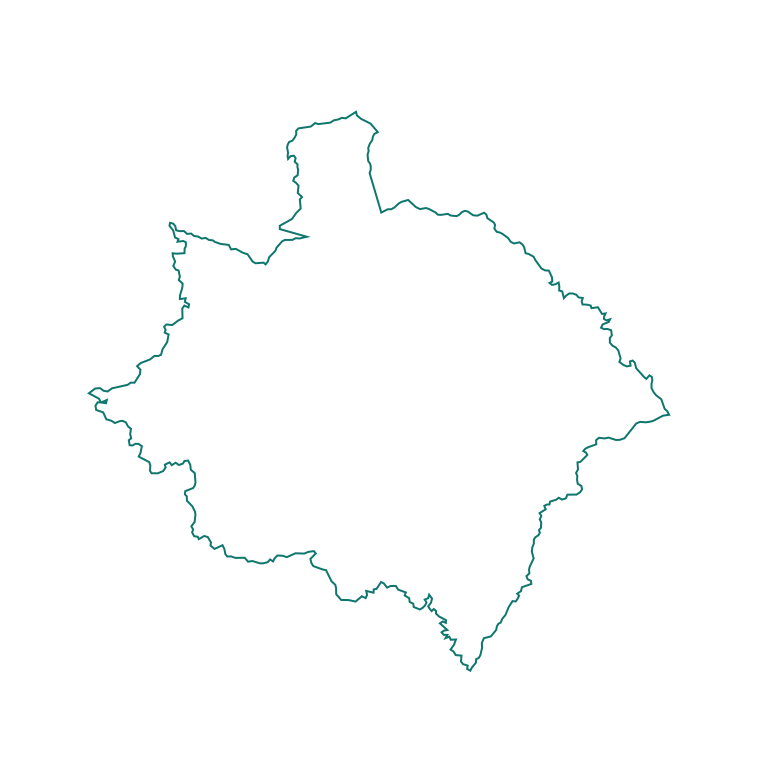 outline of Recursolândia, Tocantins, Brazil, rotated 104°
{"feature_id": "56859067B91371942486930", "entity_name": "Recursolândia", "entity_type": "district", "adm_level": 2, "iso_a3": "BRA", "parent_name": "Brazil", "parent_adm1": "Tocantins", "projection": "albers", "projection_center": [-47.121, -8.697], "detail": "fine", "context": "isolated", "style": "outline", "palette": "teal", "viewbox_px": 768, "rotation_deg": 104, "n_neighbors": 0, "source": "geoboundaries", "source_scale": "gbopen_adm2", "svg_char_len": 6165}
<svg xmlns="http://www.w3.org/2000/svg" viewBox="0 0 768 768"><g transform="rotate(104 384 384)"><path d="M344.9,99.9L341.7,102.8L340.3,105.6L331.7,111.3L329.1,117.3L326.6,120.5L323.3,123.4L319.1,124.5L315.6,124.5L312.3,125.9L311.4,128.5L315.6,130.7L314.3,133.3L307.8,143.0L302.7,145.8L301.1,148.4L302.6,150.8L306.6,149.2L308.2,152.8L307.5,156.6L305.6,161.0L302.0,160.6L294.7,164.8L292.4,168.1L291.6,171.4L289.3,174.8L284.9,176.0L281.6,174.7L276.9,176.6L276.5,180.5L277.5,183.6L276.9,187.0L273.3,186.3L269.5,181.0L266.5,180.3L268.5,183.6L267.6,186.4L264.9,186.7L261.9,186.1L263.3,189.4L257.8,195.0L260.2,201.1L257.9,202.4L257.9,206.3L258.8,210.6L255.9,212.2L252.5,211.9L252.9,216.2L250.9,219.0L250.5,222.6L251.3,226.1L254.5,228.9L257.2,230.2L251.0,233.5L250.9,236.7L247.2,237.4L243.3,239.1L245.8,241.9L247.2,244.9L245.9,247.8L243.9,245.5L239.9,246.8L234.1,251.5L234.8,255.3L233.9,259.1L227.1,267.2L224.3,269.6L222.8,275.3L222.9,278.2L217.4,281.1L215.2,283.3L213.7,286.7L216.2,291.8L215.4,295.4L212.3,299.0L209.7,305.3L209.0,308.1L209.1,311.4L206.5,314.5L202.6,314.8L200.7,316.6L198.1,323.8L194.9,325.6L193.6,328.3L198.1,334.2L198.7,338.4L196.4,344.3L196.4,347.4L198.4,350.0L201.4,351.8L203.5,354.0L204.4,359.9L203.5,363.3L206.1,369.6L206.7,372.6L205.1,375.6L203.3,382.7L203.1,385.8L205.6,391.5L204.6,395.9L199.6,405.1L203.1,411.2L205.1,413.2L210.2,416.6L212.7,419.3L213.6,422.7L218.3,428.1L182.8,449.0L179.4,448.7L176.4,449.4L173.7,450.7L171.4,453.3L165.5,455.4L161.7,455.3L158.7,456.4L154.4,455.9L150.1,454.4L146.9,454.6L143.7,453.9L141.1,451.0L134.6,460.0L132.3,470.3L130.0,475.2L126.7,477.0L135.5,485.4L135.9,489.2L138.4,492.4L140.2,496.3L143.4,499.4L147.7,510.6L147.5,514.0L151.9,517.3L156.7,528.9L159.7,530.5L163.0,529.5L166.2,530.2L170.0,531.7L172.1,534.6L174.8,535.3L177.8,535.3L182.9,533.0L186.1,532.7L188.8,531.5L185.5,529.8L184.3,526.6L186.2,524.4L189.9,524.4L191.8,521.1L194.6,520.4L197.0,519.1L202.4,518.3L205.3,521.0L208.8,521.2L210.2,517.8L212.3,514.9L219.5,513.9L222.5,508.8L225.3,510.3L234.0,507.3L239.2,510.5L246.1,513.2L255.7,523.4L258.9,522.6L259.8,494.5L263.3,501.3L263.8,504.8L266.3,507.7L268.2,515.0L270.1,517.3L277.6,521.2L281.1,521.6L288.7,526.1L293.1,526.3L296.6,527.8L295.4,530.2L297.9,537.8L297.0,541.1L291.1,547.8L290.8,552.6L288.7,560.6L290.4,564.9L286.6,568.3L287.6,576.3L287.1,582.3L286.0,584.9L286.6,588.5L285.4,592.4L287.0,596.1L285.9,600.1L286.3,604.3L284.7,607.5L286.0,611.4L284.0,615.0L285.2,619.7L285.1,622.9L281.3,624.7L279.4,627.2L279.4,630.6L282.4,630.4L286.0,625.7L292.4,622.2L293.1,618.5L295.9,618.8L293.8,613.3L294.4,610.6L297.9,609.6L301.1,610.2L305.3,609.2L307.7,616.6L308.3,620.7L311.2,619.7L315.7,616.3L320.5,617.0L323.4,613.6L323.5,610.8L329.3,608.0L332.8,608.3L335.2,603.7L339.3,603.0L347.5,603.4L351.0,602.6L348.8,597.2L352.5,597.1L353.8,592.4L357.0,592.3L356.2,596.7L359.6,598.0L368.9,595.4L372.4,599.2L378.0,603.7L378.9,609.6L381.7,611.2L384.2,609.0L387.2,609.2L388.0,605.0L395.8,604.5L403.9,607.3L409.6,607.4L411.3,609.6L412.3,613.5L416.8,617.0L422.5,625.1L426.4,627.9L429.1,623.8L433.6,623.2L443.1,626.4L444.0,630.2L446.8,632.5L454.0,646.9L458.1,650.3L458.4,654.5L456.7,658.4L458.2,663.1L464.4,668.1L467.2,657.0L470.4,654.1L471.0,657.4L474.9,658.7L478.8,657.0L479.5,649.6L485.4,644.9L485.6,639.7L487.0,635.7L484.1,631.6L483.0,628.9L483.6,625.3L487.2,622.0L488.6,618.7L493.9,618.2L497.9,616.2L500.3,618.0L504.9,616.0L504.5,613.1L502.2,610.8L501.5,607.8L502.9,603.9L509.8,603.6L513.8,604.4L516.6,592.9L519.6,591.0L524.8,590.1L526.8,587.9L525.4,581.9L521.9,577.2L517.8,575.7L515.3,577.1L511.9,573.1L514.1,570.3L510.8,567.1L512.2,563.4L509.8,559.8L506.9,559.0L505.7,555.5L509.3,552.4L514.0,550.7L516.2,546.1L525.1,543.1L528.2,543.0L531.2,544.1L536.0,550.9L539.2,550.5L540.7,548.2L545.0,546.9L549.0,540.4L553.7,536.4L556.7,535.3L563.6,534.4L568.8,536.5L571.3,534.0L574.4,534.3L577.6,531.4L577.3,527.8L579.3,526.1L575.0,521.7L575.1,518.0L579.6,513.6L582.8,513.2L585.0,508.5L579.5,501.7L582.7,499.0L587.5,496.7L589.3,494.4L588.3,490.7L588.7,486.3L586.3,477.1L589.3,472.9L587.6,468.9L588.0,460.7L587.2,457.8L585.0,453.7L581.8,452.1L583.0,448.7L580.0,448.1L576.2,446.0L575.2,440.9L575.5,436.4L569.7,429.0L567.8,420.3L565.3,417.0L563.1,411.6L565.0,409.2L571.5,413.1L575.2,411.2L577.8,408.5L578.8,398.7L578.7,395.2L588.2,387.1L590.6,382.7L593.7,381.1L599.6,379.5L603.9,373.2L602.2,366.1L602.0,359.0L595.3,354.1L596.2,350.0L592.7,349.4L589.1,351.2L589.0,343.7L585.8,344.3L584.6,341.7L576.8,338.9L577.6,335.8L580.8,331.7L578.4,328.8L577.1,323.7L580.1,320.5L581.0,312.4L584.2,312.8L585.7,307.8L589.3,306.3L590.1,302.5L593.2,301.2L594.1,294.6L591.5,292.1L588.6,290.5L585.7,289.9L583.3,292.3L581.1,289.3L577.5,289.2L580.6,285.5L584.8,285.5L589.0,287.3L591.0,285.4L592.8,282.8L590.3,281.3L591.5,278.7L594.2,278.0L596.3,274.2L598.2,266.7L600.8,266.2L600.2,269.5L602.7,271.9L607.4,263.1L608.9,266.3L611.0,268.1L612.9,265.5L612.1,261.8L615.7,262.8L613.4,259.5L616.0,257.3L614.5,252.4L620.2,253.0L625.6,255.2L626.8,251.8L629.7,248.8L628.8,243.1L634.6,242.2L636.7,239.6L637.0,234.7L640.3,234.4L641.3,230.9L638.1,230.2L632.0,227.4L628.7,228.0L627.0,225.9L624.0,224.9L616.4,225.0L611.6,226.4L606.5,225.6L603.0,219.2L595.3,215.6L591.9,215.9L589.0,215.0L587.3,213.1L583.1,212.4L578.8,210.3L570.1,209.0L563.6,206.8L563.1,203.6L560.1,202.4L556.7,201.7L555.2,204.0L551.9,201.0L547.8,201.0L542.4,192.7L539.5,193.7L538.7,197.4L536.0,199.3L532.5,197.1L528.9,198.4L526.0,198.4L517.0,196.6L510.9,200.0L506.7,200.6L502.5,200.0L498.7,201.0L496.0,200.0L493.4,197.6L490.6,196.8L488.3,198.3L485.5,196.9L480.2,198.0L477.7,200.1L474.1,199.4L471.6,201.8L466.5,196.8L463.5,199.0L461.6,196.9L460.8,194.3L457.9,194.4L454.6,188.9L452.1,186.9L453.1,183.3L451.0,179.9L447.0,179.2L444.7,170.4L441.5,167.5L438.4,166.3L435.2,167.8L433.9,171.9L430.3,173.5L426.4,174.2L423.9,176.1L420.0,175.1L413.3,177.3L411.9,174.5L403.7,169.6L401.7,171.4L400.8,174.4L398.2,173.1L395.8,170.4L391.2,163.5L387.2,164.6L384.2,162.4L383.4,156.6L381.7,153.2L382.2,145.4L381.1,141.6L378.4,137.5L361.3,129.7L358.8,126.4L357.8,120.6L356.2,116.7L354.5,113.7L347.2,105.6L344.9,99.9ZM470.4,654.1L466.6,649.1L469.9,649.1L470.4,654.1Z" fill="none" stroke="#0f766e" stroke-width="2"/></g></svg>